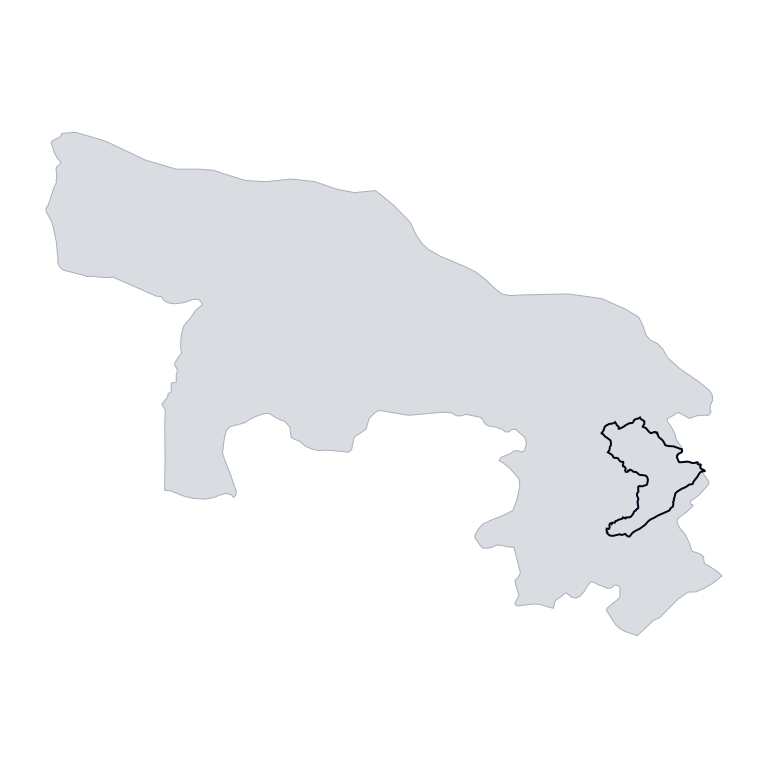 Bouenza highlighted on a map of Republic of the Congo, rotated 270°
{"feature_id": "COG-2626", "entity_name": "Bouenza", "entity_type": "Region", "adm_level": 1, "iso_a3": "COG", "parent_name": "Republic of the Congo", "parent_adm1": "", "projection": "natural_earth1", "projection_center": [13.508, -4.119], "detail": "fine", "context": "in_parent", "style": "outline", "palette": "ink", "viewbox_px": 768, "rotation_deg": 270, "n_neighbors": 0, "source": "natural_earth", "source_scale": "10m", "svg_char_len": 8251}
<svg xmlns="http://www.w3.org/2000/svg" viewBox="0 0 768 768"><g transform="rotate(270 384 384)"><path d="M132.4,637.3L136.4,625.3L139.4,619.8L143.0,615.9L157.5,606.5L159.7,606.9L169.7,619.1L172.9,620.1L176.4,619.7L180.6,620.2L182.7,617.8L183.0,614.7L180.0,611.2L179.6,607.4L181.7,603.3L182.9,598.7L186.0,593.3L186.3,590.8L183.0,588.1L176.3,583.9L171.6,579.8L169.9,575.9L171.1,571.0L174.9,566.9L174.6,564.7L171.4,561.1L169.0,557.2L166.5,554.8L159.7,553.4L161.0,548.1L163.5,540.5L164.1,534.6L162.2,519.2L162.4,516.4L164.2,514.9L168.3,516.6L172.4,519.0L183.5,515.6L187.4,515.1L190.6,518.1L195.1,520.4L220.7,514.0L221.2,507.4L222.7,501.5L222.9,497.0L221.8,494.1L220.6,492.0L219.8,487.5L219.8,482.8L222.2,480.5L230.4,474.8L233.0,475.0L238.7,478.1L244.1,483.0L248.8,493.2L252.1,502.0L257.4,512.7L268.6,517.0L281.9,519.8L289.2,519.0L299.5,510.0L305.3,502.9L307.2,499.1L310.6,501.0L314.5,510.4L317.0,514.0L317.6,517.4L315.8,521.7L317.5,524.5L324.7,526.4L331.0,524.6L333.9,520.8L338.6,515.8L338.6,511.7L336.1,508.9L336.1,505.2L338.7,502.3L341.2,494.3L342.0,488.4L344.5,484.7L349.2,482.1L350.9,479.7L353.6,465.9L352.2,460.8L352.2,456.7L355.2,451.4L355.8,442.7L352.7,408.4L357.4,380.9L357.0,377.4L353.7,373.1L349.6,369.2L339.0,366.0L335.1,360.9L332.1,355.5L329.8,353.8L318.3,351.6L315.7,348.6L316.8,339.8L317.8,326.9L317.4,318.0L319.4,310.7L321.8,305.3L326.8,299.5L329.5,292.7L331.0,291.1L340.7,289.9L344.2,287.1L346.9,284.3L348.1,280.4L351.4,274.0L354.3,269.7L354.7,266.8L354.0,262.7L351.1,254.7L347.6,248.0L345.5,245.6L341.3,230.0L337.3,226.3L329.6,224.3L315.1,222.5L306.4,225.3L293.1,230.6L276.4,236.3L272.5,235.7L270.7,233.3L273.3,231.3L274.6,226.5L272.9,219.7L270.3,213.4L268.9,204.6L269.5,193.7L272.0,183.5L277.3,170.2L277.7,164.7L309.9,165.0L344.4,164.8L357.7,165.3L364.0,161.8L370.1,167.0L373.1,168.2L374.1,167.8L376.4,171.4L383.9,171.0L385.1,171.9L385.8,176.3L392.8,176.2L396.2,177.2L399.0,177.1L403.1,174.5L406.0,175.4L411.3,178.7L415.1,181.6L420.4,180.6L432.7,181.1L442.2,183.9L451.6,191.5L457.9,195.9L463.5,202.5L465.6,201.3L468.7,198.7L468.6,193.2L465.4,183.7L464.2,175.6L464.9,169.0L467.3,164.2L471.4,161.4L471.8,156.3L491.0,112.6L490.4,107.6L490.8,100.1L491.7,91.7L491.5,86.7L492.8,83.3L497.8,63.5L500.5,60.2L504.7,57.9L510.8,57.8L526.8,56.2L541.7,53.0L546.7,51.5L556.0,46.3L559.6,46.1L562.7,48.1L580.8,54.1L585.8,56.5L587.6,56.1L590.3,56.6L594.5,56.7L598.7,56.0L601.3,56.7L604.6,60.7L606.8,60.2L609.7,57.3L615.2,54.4L625.7,51.1L627.4,52.6L631.0,59.9L634.8,62.3L635.6,75.9L626.9,105.4L608.1,145.0L598.8,176.3L598.8,199.1L597.8,213.5L594.7,222.2L587.4,245.9L586.3,266.2L589.0,291.0L586.4,314.6L578.7,336.9L575.4,354.4L577.4,375.5L563.3,393.0L545.5,410.5L534.0,415.6L525.1,421.4L518.7,428.1L512.0,439.8L501.4,464.9L495.9,475.9L488.7,485.2L477.9,496.7L474.0,502.1L472.4,510.0L473.1,524.4L474.1,568.4L469.3,602.1L458.8,625.6L450.9,638.7L443.0,642.7L432.6,646.2L427.6,650.7L424.6,657.2L418.8,662.9L410.2,667.7L399.4,679.7L386.3,698.7L377.4,709.6L372.6,712.4L367.7,712.6L362.5,710.4L358.3,710.0L356.1,711.1L352.7,708.5L352.8,704.1L352.2,696.8L349.6,689.4L355.3,678.8L354.8,676.4L352.2,672.6L349.2,667.1L346.3,667.5L340.4,671.7L334.1,674.9L328.3,676.3L321.1,681.5L317.2,681.5L315.0,679.5L310.2,677.6L307.6,678.2L306.1,679.2L304.9,691.9L304.0,697.4L302.2,699.9L295.0,702.7L290.1,706.4L285.8,708.9L283.2,708.3L272.7,698.7L267.1,690.8L263.8,690.6L262.8,693.2L261.2,692.0L256.0,686.7L250.0,678.4L247.8,677.2L244.4,677.3L239.1,680.3L233.9,685.1L224.5,689.5L216.6,692.0L215.9,695.0L214.1,700.1L211.5,703.3L204.5,704.4L202.0,709.0L196.0,717.9L192.1,721.9L191.0,720.2L188.6,718.0L183.7,711.1L178.8,702.6L177.5,698.7L176.1,696.4L175.9,687.8L168.5,677.6L150.1,659.4L148.1,654.0L132.4,637.3Z" fill="#d9dde1" stroke="#a8b0b8" stroke-width="1"/><path d="M316.8,682.1L316.2,681.9L315.4,681.1L314.5,679.1L313.9,678.1L312.4,677.0L311.0,676.8L306.7,678.6L306.0,679.0L305.7,679.9L306.4,687.4L306.2,688.9L305.1,692.1L304.9,693.8L305.8,697.1L305.4,697.8L304.9,697.7L304.3,697.6L303.8,697.9L303.5,698.7L303.7,700.2L303.3,700.7L302.7,700.8L301.2,700.3L300.5,700.2L299.1,701.3L297.7,704.4L296.9,704.7L296.8,704.4L296.5,702.1L296.4,701.5L296.1,701.0L295.7,700.3L295.0,699.7L293.9,698.9L291.3,697.4L286.4,693.5L285.9,693.3L284.8,693.1L284.3,692.8L283.9,692.2L283.7,691.3L283.6,690.0L283.4,689.4L283.1,688.7L282.4,687.9L281.6,686.8L281.0,685.5L280.3,684.5L279.9,683.4L279.4,682.0L276.5,677.4L275.1,675.8L274.1,675.2L273.0,675.1L271.9,674.7L271.4,674.6L270.9,674.6L270.4,674.4L269.4,673.9L268.9,673.8L267.9,674.0L267.4,673.9L266.9,673.6L266.5,673.3L266.0,673.1L265.5,673.2L264.9,673.3L264.4,673.4L263.3,673.1L262.3,673.2L261.7,672.9L261.0,672.3L259.9,670.8L259.2,670.2L258.6,669.9L258.2,669.9L257.9,669.7L257.2,668.7L252.4,657.8L250.1,653.9L248.8,651.0L248.0,649.7L246.5,648.0L243.5,645.4L243.0,644.9L239.5,640.1L237.0,635.2L235.5,632.9L235.0,632.4L234.0,631.5L232.0,630.1L231.6,629.6L231.4,629.0L231.8,627.9L232.2,627.1L232.6,626.5L233.0,626.2L233.5,625.9L233.9,625.6L234.1,625.1L233.3,622.9L233.2,622.3L233.1,621.1L233.7,619.8L233.7,619.1L233.0,617.0L232.2,613.1L232.2,611.7L232.3,610.9L232.4,610.3L232.6,609.7L233.2,608.8L234.9,607.1L235.1,607.5L235.9,607.3L237.3,606.6L237.9,606.4L239.4,606.8L239.0,608.8L240.4,609.6L243.1,609.4L244.2,609.8L245.0,611.2L244.1,611.7L245.1,612.2L245.3,612.9L245.3,613.8L245.5,615.0L246.6,615.3L246.9,615.5L247.1,615.9L247.2,616.7L247.3,617.1L247.9,617.8L248.2,618.4L249.2,621.9L249.7,622.7L250.6,622.9L250.1,624.4L249.9,624.8L249.5,625.4L249.8,625.8L250.6,626.2L250.6,629.1L251.2,630.8L253.3,632.6L254.1,632.9L254.3,633.1L254.9,633.5L256.5,634.1L256.9,634.6L257.2,635.1L257.4,635.7L257.7,636.0L258.0,636.1L258.3,636.2L258.7,636.4L259.0,636.9L259.2,637.4L259.5,637.9L260.0,638.2L260.6,638.3L261.4,638.2L262.6,638.0L266.1,637.6L266.6,637.6L267.2,637.7L268.8,638.4L269.6,638.2L272.6,637.0L273.6,636.9L274.4,637.0L275.9,638.1L276.4,638.4L277.0,638.4L278.7,638.1L279.9,638.4L280.4,638.4L280.8,638.1L281.2,638.2L281.5,638.6L281.9,639.2L282.0,639.7L281.9,640.3L281.7,640.9L281.7,641.5L281.7,642.1L282.8,645.8L283.1,646.4L283.5,646.9L284.0,647.1L284.5,647.3L285.5,647.4L287.7,647.9L288.4,647.8L289.6,647.6L290.6,647.2L291.4,646.8L291.7,646.5L292.1,646.1L292.4,645.4L292.9,642.5L293.0,641.9L292.9,640.7L293.0,640.1L293.3,639.4L293.8,638.7L295.6,636.6L296.0,635.6L296.1,634.9L296.1,634.3L296.2,633.7L296.4,633.2L297.0,632.5L297.6,631.8L298.1,630.7L298.3,630.3L298.3,630.0L297.7,629.7L297.4,629.2L297.6,628.2L297.3,628.0L296.9,628.0L296.6,628.0L296.3,627.8L296.2,627.4L296.1,626.1L296.1,625.9L296.4,625.6L296.7,625.5L297.6,625.2L298.1,625.2L298.5,625.3L298.8,625.5L299.2,625.6L299.6,625.6L300.1,625.4L301.2,624.6L301.5,624.3L301.5,623.5L301.6,623.2L302.2,622.9L302.7,622.9L303.1,622.9L304.2,623.3L304.5,623.3L305.2,623.2L305.5,623.3L305.8,623.3L306.1,623.1L306.2,622.4L306.2,621.4L306.3,620.9L306.6,620.3L307.1,619.7L308.0,619.0L308.6,618.6L309.4,618.3L309.6,618.0L309.8,617.6L310.1,616.6L310.2,616.0L310.1,615.5L310.1,615.1L310.1,614.7L310.2,614.3L310.3,613.9L310.6,613.6L310.9,613.3L311.5,613.0L312.0,612.9L313.2,611.9L315.7,607.9L318.1,609.5L318.8,609.6L320.7,609.8L321.5,610.1L322.5,610.7L323.2,610.9L323.8,611.0L326.7,610.7L327.3,610.6L327.8,610.3L331.6,605.0L332.1,604.5L333.5,603.4L333.8,603.0L334.3,601.9L334.8,601.5L335.2,601.7L336.0,602.6L336.5,602.9L339.0,604.1L340.5,604.4L341.5,605.0L341.9,605.6L342.4,606.1L342.7,606.7L343.3,607.9L343.8,608.7L344.1,609.3L344.2,609.9L344.2,611.0L344.6,612.8L344.8,613.5L345.3,614.2L345.6,614.8L345.8,615.2L345.5,615.3L343.8,616.4L343.3,616.5L342.8,616.8L341.8,618.1L341.2,618.7L340.2,618.8L339.5,618.5L339.3,618.6L339.4,619.8L341.2,623.5L342.7,625.5L344.9,629.6L344.9,631.0L345.1,632.3L345.7,633.2L347.0,633.6L348.2,634.4L349.0,636.2L349.6,638.4L350.5,640.0L349.6,640.3L349.1,640.8L348.1,642.2L347.1,644.0L346.7,644.3L344.0,644.3L341.8,642.8L341.2,642.7L340.9,643.1L340.5,644.7L340.3,645.3L339.9,645.9L336.5,648.7L335.6,649.7L334.8,651.2L336.0,654.3L335.9,655.6L334.8,656.5L335.3,657.1L334.2,657.6L332.0,658.2L331.1,658.7L330.4,659.3L328.4,661.9L326.8,663.2L324.4,664.6L323.4,664.8L323.0,665.2L322.7,665.6L322.6,665.9L322.0,668.2L321.6,673.4L321.5,674.2L320.7,676.0L320.5,676.6L320.2,677.7L320.0,678.3L319.3,679.6L318.8,681.9L318.7,681.9L316.8,682.1Z" fill="none" stroke="#020617" stroke-width="2"/></g></svg>